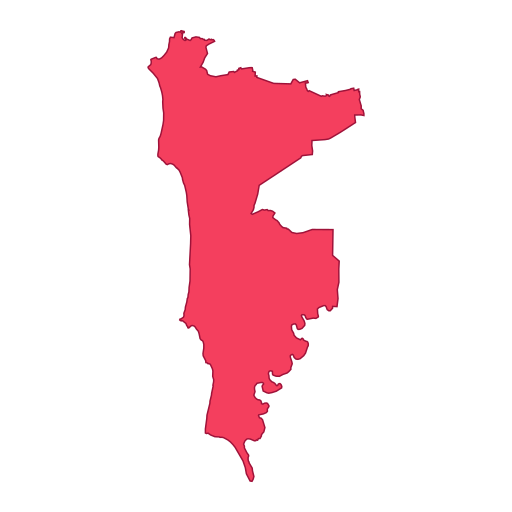 Kombo South, West Coast, Gambia (Mercator projection)
{"feature_id": "56634734B1390118495461", "entity_name": "Kombo South", "entity_type": "district", "adm_level": 2, "iso_a3": "GMB", "parent_name": "Gambia", "parent_adm1": "West Coast", "projection": "mercator", "projection_center": [-16.741, 13.204], "detail": "fine", "context": "isolated", "style": "filled", "palette": "rose", "viewbox_px": 512, "rotation_deg": 0, "n_neighbors": 0, "source": "geoboundaries", "source_scale": "gbopen_adm2", "svg_char_len": 5978}
<svg xmlns="http://www.w3.org/2000/svg" viewBox="0 0 512 512"><path d="M358.7,89.1L357.7,89.4L357.6,89.7L354.2,90.5L353.7,88.2L350.9,88.7L350.6,89.1L349.9,89.4L345.5,90.5L338.4,91.7L338.4,92.6L330.7,94.8L330.8,95.0L330.1,95.4L329.6,96.3L328.5,95.8L328.3,95.0L326.4,94.5L326.6,95.2L325.8,96.0L325.0,96.2L322.2,95.8L321.3,96.3L309.2,90.7L308.3,91.4L307.6,90.8L307.1,90.2L306.9,89.3L305.8,87.2L305.4,83.0L306.8,83.0L308.2,82.6L307.5,80.7L299.6,82.8L295.2,79.2L293.2,79.5L290.8,83.9L273.7,83.4L256.8,77.4L256.9,75.9L255.1,76.0L255.3,72.1L252.6,71.3L252.8,70.3L252.2,67.7L251.6,67.6L249.5,67.7L241.6,68.9L241.1,68.5L240.8,67.7L238.8,68.4L239.0,69.3L238.8,69.7L237.4,70.1L237.4,70.8L234.4,72.4L233.7,71.5L229.2,72.0L227.9,74.6L220.9,75.7L215.9,76.8L210.3,75.7L207.6,74.3L206.7,70.6L205.5,69.2L201.6,66.9L200.4,67.0L203.1,62.3L204.7,57.9L207.5,53.5L205.9,47.3L206.3,45.8L208.7,44.2L214.6,41.3L214.1,40.3L213.2,39.6L211.9,39.8L211.5,39.3L210.2,39.7L209.0,39.0L206.9,40.4L204.5,40.2L204.3,39.4L203.2,39.3L202.2,38.6L200.4,38.6L199.4,37.4L195.9,36.9L192.1,37.9L191.6,38.6L191.3,39.5L190.1,40.5L186.6,39.0L185.6,37.6L185.1,37.4L184.8,37.5L184.7,38.1L185.8,39.2L186.0,40.0L185.6,40.4L184.6,40.4L183.1,39.2L182.1,37.7L182.5,34.4L181.8,33.6L182.2,33.0L183.9,32.8L184.2,32.5L184.2,31.6L183.9,31.3L182.6,31.3L181.8,30.7L180.8,30.9L180.8,32.0L180.5,32.1L178.9,31.8L176.0,32.5L175.1,33.5L174.0,37.6L170.4,37.2L169.6,38.9L169.5,41.7L168.9,44.5L168.6,47.9L166.7,52.1L163.9,55.6L161.6,57.9L159.1,59.2L157.0,58.7L156.4,57.4L155.7,57.4L151.2,59.2L150.8,59.8L151.2,60.9L151.2,63.2L150.7,64.7L148.2,66.8L148.1,67.7L148.9,68.9L153.2,73.2L157.5,78.5L159.1,82.9L159.8,86.0L160.5,87.6L161.8,92.1L162.5,95.6L162.9,99.5L162.7,101.8L163.0,108.2L163.7,113.0L163.6,120.4L163.0,124.5L161.1,133.3L160.2,136.3L159.0,138.4L158.6,139.9L158.8,147.3L158.6,150.1L157.9,154.1L157.9,156.0L158.2,156.6L160.0,157.8L161.3,159.1L161.8,160.0L162.3,160.1L163.6,161.2L166.2,164.2L167.3,164.6L168.8,163.8L170.6,163.5L172.6,164.1L174.1,165.1L176.7,168.1L177.4,168.2L178.1,169.3L178.9,169.9L180.2,172.3L182.4,177.8L182.5,179.2L183.5,182.9L184.7,185.4L186.3,192.3L186.8,195.5L187.2,201.9L188.4,209.4L188.7,209.9L188.3,209.9L188.9,215.0L189.7,218.4L189.6,224.5L190.8,235.7L190.6,243.8L189.5,264.7L190.2,268.9L190.0,281.1L189.1,287.4L188.9,291.9L188.2,294.4L187.9,297.6L187.3,298.5L186.8,302.0L185.4,307.1L185.2,309.7L183.9,313.2L184.0,315.6L183.5,317.2L180.8,319.0L180.1,319.0L179.7,319.9L180.3,320.5L181.3,320.9L181.7,320.6L182.6,320.8L185.9,323.4L186.8,325.7L187.8,326.8L187.8,327.7L188.7,328.0L191.3,325.7L192.3,325.5L193.9,325.9L195.2,327.0L196.4,329.0L198.3,331.2L199.1,333.7L200.1,338.6L201.2,340.0L202.5,340.7L203.1,341.6L203.8,344.4L203.8,348.1L203.0,353.5L203.2,355.8L205.7,360.7L205.9,362.6L207.6,363.0L207.8,363.6L209.8,363.9L210.6,364.9L212.4,368.8L212.9,371.0L212.7,376.3L213.7,379.7L213.6,381.9L212.9,385.3L213.2,385.9L211.6,393.4L211.5,395.0L210.0,401.1L209.9,403.3L207.0,415.1L206.8,418.4L205.4,428.9L205.4,433.0L206.4,433.5L208.1,433.2L210.7,435.0L214.9,436.7L219.3,436.9L219.9,437.3L222.2,437.3L223.7,437.7L227.8,439.9L230.4,441.9L232.8,444.4L235.1,447.3L243.0,460.9L245.3,467.6L246.4,473.8L250.1,481.0L252.0,481.3L253.1,479.3L253.9,476.5L252.5,470.9L252.2,468.1L249.1,462.9L249.1,462.1L248.5,461.4L248.1,459.5L248.1,457.4L248.6,456.2L248.6,455.2L246.8,452.6L244.4,447.9L244.4,446.2L243.6,444.1L244.8,441.1L246.3,439.5L247.2,438.9L248.7,438.8L250.4,439.1L254.4,440.8L255.8,440.7L256.4,439.9L257.6,440.2L258.4,438.6L260.0,438.5L261.4,436.0L261.4,435.0L262.2,433.7L263.8,431.9L264.9,427.6L262.5,419.7L261.0,418.1L259.5,417.8L258.5,415.6L258.7,414.9L263.4,413.9L266.3,412.6L267.4,411.3L267.3,409.0L268.9,406.6L268.9,405.7L267.5,403.4L266.3,403.0L264.5,403.2L262.9,404.1L261.5,403.6L261.5,402.5L260.7,400.6L259.4,399.9L258.2,399.8L256.7,399.1L255.1,397.6L253.8,395.2L255.0,391.7L254.5,389.1L254.5,387.1L255.2,385.4L256.2,384.5L256.9,383.3L260.9,382.5L262.4,382.5L263.5,383.3L263.5,384.3L262.5,385.2L262.1,386.3L263.2,391.0L266.9,392.8L268.7,393.2L271.9,392.6L276.3,391.2L281.6,387.9L281.8,386.4L281.0,384.5L280.0,383.6L279.2,383.6L278.2,384.2L277.6,385.5L276.5,385.6L274.8,383.4L273.5,382.5L271.7,381.7L269.7,379.6L269.1,378.1L268.9,375.5L268.4,373.8L268.7,372.2L269.3,371.2L270.6,370.8L272.4,371.3L272.5,374.1L273.1,375.1L276.1,376.2L279.4,376.3L283.0,374.4L287.1,373.0L288.7,371.7L290.9,369.3L290.8,367.7L292.2,363.8L291.9,362.1L290.4,357.4L290.2,355.9L291.2,354.8L292.3,354.4L293.2,355.0L294.2,357.5L296.0,359.1L297.9,359.3L300.1,358.7L303.7,355.7L305.5,353.1L307.5,347.0L308.2,345.8L308.3,343.9L307.8,342.2L306.9,341.4L305.9,341.3L303.4,339.9L303.2,339.0L302.4,338.3L301.8,338.4L300.4,339.8L296.4,337.9L294.1,335.3L293.6,333.2L291.7,329.8L291.4,326.3L291.8,324.9L293.6,324.0L295.4,323.9L296.3,325.0L297.3,328.6L298.1,329.4L299.8,329.3L302.0,328.4L304.7,325.4L304.9,323.5L304.2,321.0L301.8,316.9L301.4,315.6L302.0,314.7L304.2,314.8L305.1,315.6L305.8,317.7L307.1,319.3L313.3,318.1L315.9,318.4L318.2,317.0L318.4,316.3L317.7,313.7L317.4,309.0L318.8,307.6L323.7,305.6L325.2,305.6L326.1,306.6L327.2,309.6L328.9,310.8L330.4,310.7L331.4,309.4L332.5,308.4L332.6,306.4L337.0,306.6L338.0,298.6L337.3,289.6L338.9,282.3L338.8,268.9L339.2,261.1L332.6,255.4L333.0,229.6L312.2,229.5L303.0,232.7L296.7,233.5L291.9,232.5L288.3,229.1L287.2,229.1L286.7,228.2L282.9,227.6L282.6,227.1L281.9,226.8L279.7,224.3L279.1,222.9L277.1,220.6L275.6,219.8L272.8,217.6L273.0,216.0L274.9,213.0L272.6,211.2L270.5,210.5L268.1,210.6L267.2,209.6L264.3,210.1L262.4,209.5L258.3,211.7L252.3,214.3L251.1,213.5L253.4,209.7L254.0,207.3L254.0,205.5L255.0,203.2L257.7,194.1L259.2,185.3L300.7,157.9L301.4,156.4L302.4,155.6L312.3,154.5L312.6,151.0L311.8,145.5L312.0,140.5L324.9,139.6L328.6,139.0L330.7,138.0L340.5,132.2L355.5,122.5L354.8,117.1L354.7,115.0L361.0,114.9L363.9,115.5L363.9,113.7L363.1,110.3L361.2,108.8L361.2,105.9L359.3,99.5L360.2,97.1L360.2,96.3L359.7,94.4L359.6,91.6L358.7,91.7L358.7,89.1Z" fill="#f43f5e" stroke="#9f1239" stroke-width="1.5"/></svg>